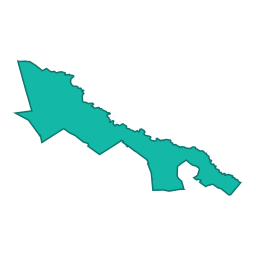 Rožkalnu pag., Varkavas, Latvia
{"feature_id": "27541924B38458063228845", "entity_name": "Rožkalnu pag.", "entity_type": "district", "adm_level": 2, "iso_a3": "LVA", "parent_name": "Latvia", "parent_adm1": "Varkavas", "projection": "equal_earth", "projection_center": [26.468, 56.209], "detail": "fine", "context": "isolated", "style": "filled", "palette": "teal", "viewbox_px": 256, "rotation_deg": 0, "n_neighbors": 0, "source": "geoboundaries", "source_scale": "gbopen_adm2", "svg_char_len": 5752}
<svg xmlns="http://www.w3.org/2000/svg" viewBox="0 0 256 256"><path d="M19.5,61.5L18.0,61.1L18.3,62.8L18.8,64.6L21.8,75.3L22.5,78.1L22.5,78.4L22.7,78.7L23.1,80.4L23.3,80.9L25.7,89.6L26.1,91.0L26.7,93.1L27.1,94.3L27.4,95.5L27.5,95.5L31.8,110.9L15.4,113.1L28.5,120.1L39.6,135.3L39.6,135.5L40.3,135.2L41.9,142.5L56.0,133.4L63.7,128.6L69.5,132.8L75.5,135.7L83.3,142.0L88.0,143.5L88.7,145.6L87.9,146.1L92.9,149.7L99.6,154.5L110.7,147.5L120.8,141.0L120.9,140.4L123.3,141.2L123.5,141.9L122.7,142.3L126.2,144.8L126.3,144.7L127.4,145.5L126.6,146.0L127.5,146.7L128.4,146.2L131.8,148.7L132.1,149.0L132.2,148.9L134.1,150.4L134.0,150.5L135.5,151.5L135.7,151.4L141.9,156.1L143.6,157.3L146.7,159.6L146.8,159.7L146.8,159.8L147.3,160.2L147.8,161.7L148.5,163.0L147.7,163.5L148.2,165.1L148.5,165.4L149.1,166.8L149.0,167.1L150.0,169.6L150.8,171.6L151.2,172.8L151.9,179.0L152.2,179.5L151.9,179.6L152.9,190.3L154.5,190.2L161.6,190.0L162.1,189.8L169.2,191.1L179.2,189.4L183.8,189.2L183.7,189.1L183.6,188.2L181.6,181.2L180.7,180.5L178.2,178.2L177.1,175.8L177.5,166.4L182.2,162.8L186.2,160.1L190.8,164.0L192.0,164.8L193.1,165.3L196.0,166.0L197.3,167.0L198.6,167.6L199.4,169.3L197.6,175.4L193.8,177.8L196.6,179.9L197.6,179.2L201.0,180.3L200.7,180.6L200.8,180.8L200.4,181.3L200.1,181.6L199.8,182.3L205.7,186.5L205.9,186.5L207.4,185.6L212.8,184.2L218.1,187.9L221.0,188.6L228.9,194.9L230.7,194.6L235.6,188.7L236.0,188.3L236.1,188.0L238.2,185.7L240.6,182.6L240.2,182.6L239.9,182.4L239.1,181.9L238.2,181.0L237.7,180.0L237.5,179.8L237.1,179.6L236.6,179.5L235.8,179.7L235.5,179.6L235.2,179.4L235.1,178.8L235.1,178.5L234.9,178.2L233.4,177.5L232.4,177.5L232.2,177.0L232.7,176.6L232.8,176.2L232.0,175.5L230.3,175.2L229.3,174.7L228.4,174.4L226.3,175.0L225.2,175.3L224.9,175.1L225.2,174.0L225.1,173.8L224.9,173.6L224.6,173.5L223.4,173.6L222.7,174.1L222.2,174.1L221.8,173.9L221.7,173.7L221.4,173.3L221.3,172.8L221.0,172.4L220.5,172.3L219.9,172.5L219.5,172.4L219.1,171.8L219.2,171.0L219.2,170.5L219.1,170.2L218.7,169.9L217.2,169.2L216.2,169.0L215.9,168.8L215.1,167.8L215.0,167.6L216.0,166.6L216.0,166.3L215.5,166.0L214.5,165.9L214.2,165.7L214.0,165.3L214.0,164.5L213.6,164.1L213.4,164.1L212.6,164.4L212.2,164.4L211.9,164.4L211.4,164.1L210.8,162.7L210.6,162.4L210.2,162.1L210.1,161.8L210.1,161.6L211.0,161.3L211.2,161.1L211.5,160.9L211.5,160.7L211.4,160.5L211.2,160.3L210.1,160.1L209.8,159.9L209.2,158.7L209.1,157.9L209.0,157.5L208.8,157.1L208.8,156.5L208.7,156.3L206.8,154.7L206.5,154.3L206.3,153.5L206.1,153.3L204.8,153.1L204.4,152.7L204.1,152.1L203.8,151.7L203.1,151.1L202.6,150.9L201.5,150.9L200.1,151.1L199.8,150.9L199.0,150.4L198.1,150.1L197.4,149.3L195.9,148.7L195.5,148.5L195.5,147.5L195.3,147.3L193.4,147.0L192.6,147.1L191.5,147.6L190.8,148.3L190.3,148.5L187.0,148.2L185.9,148.0L184.9,147.3L182.0,146.7L181.4,146.8L181.2,146.9L180.9,147.4L180.5,147.4L179.9,147.4L179.9,147.1L179.6,146.8L178.8,146.5L178.3,146.4L175.8,144.7L175.4,144.6L173.3,144.8L173.0,144.6L172.9,144.4L172.9,144.0L172.8,143.4L172.6,143.2L170.5,142.1L170.4,141.8L170.7,141.1L170.7,140.7L170.5,140.2L170.3,140.1L169.9,140.0L169.0,140.0L166.5,139.5L164.5,139.8L163.7,140.0L163.1,140.3L163.0,140.5L162.7,140.5L162.4,140.3L161.9,140.1L161.4,140.1L160.3,140.8L159.9,140.6L159.3,139.8L158.3,139.2L157.5,138.5L156.5,138.5L156.3,138.7L156.3,138.9L156.5,139.4L156.6,139.9L156.4,140.3L155.6,141.0L155.1,141.1L154.8,141.1L153.3,140.7L152.1,140.6L151.3,140.3L149.9,139.2L149.8,138.8L150.7,137.5L150.8,137.2L150.5,136.8L149.8,136.4L148.9,136.2L145.1,135.3L144.6,134.9L144.1,134.0L143.9,133.5L144.9,132.2L144.5,131.1L144.0,130.6L143.0,130.0L141.9,129.2L141.6,129.1L140.6,129.2L140.1,129.3L139.4,130.9L139.4,131.5L139.0,131.8L138.5,131.7L138.0,131.4L137.8,131.0L137.6,130.8L137.2,130.8L136.7,130.9L135.5,131.6L134.4,131.6L134.2,131.6L133.4,130.9L132.3,130.4L130.9,130.0L129.3,128.9L127.5,128.5L126.7,128.1L126.4,127.4L126.5,126.5L126.4,126.1L126.3,125.9L125.7,125.6L124.7,125.4L123.4,124.1L122.9,123.9L122.4,123.9L120.7,125.2L119.9,125.5L119.4,125.6L118.6,125.2L117.9,124.7L117.3,124.5L116.8,124.4L116.4,124.6L116.0,124.8L115.3,125.7L114.9,125.8L114.7,125.7L113.4,124.0L113.3,123.6L113.2,122.6L113.2,122.4L113.7,121.4L113.7,121.1L113.1,120.8L112.4,120.9L111.6,121.3L111.3,121.6L110.7,122.0L110.2,122.1L109.7,122.1L109.7,121.8L110.1,120.9L110.0,119.8L109.5,119.3L108.5,117.4L107.3,116.6L107.1,116.4L106.9,116.0L106.9,115.8L107.6,114.8L107.9,114.6L110.1,113.8L110.2,113.6L109.9,113.2L109.1,112.8L108.7,112.7L107.9,112.7L107.3,112.9L107.0,112.8L106.5,112.3L106.3,111.6L106.2,111.5L103.0,110.3L102.8,110.2L101.8,109.0L101.2,108.8L99.6,108.7L99.4,108.4L99.4,107.8L99.2,107.6L98.5,107.5L96.7,107.8L95.9,108.0L95.1,108.3L94.4,108.2L93.7,107.4L93.2,106.9L91.5,106.0L91.5,105.7L93.5,104.4L93.5,104.1L93.3,103.8L92.4,103.2L91.7,103.2L88.3,103.6L87.8,103.4L86.7,102.7L85.5,102.2L83.8,102.3L83.1,101.9L82.4,100.7L82.5,99.5L82.3,97.5L82.2,97.0L82.5,95.3L82.8,94.5L83.1,94.1L83.7,93.8L83.8,93.5L83.6,93.1L82.2,92.0L82.0,91.6L82.2,91.2L83.2,91.0L83.6,90.9L83.7,90.6L83.6,90.4L83.4,90.3L82.3,90.1L81.7,89.8L81.4,89.5L81.0,88.4L80.7,88.2L80.1,88.2L79.0,88.4L78.4,88.3L78.0,88.0L78.0,87.8L78.1,87.4L78.0,87.2L77.9,87.1L77.3,86.6L76.4,86.3L75.7,86.2L73.9,86.3L73.5,86.2L73.1,86.0L71.5,84.6L70.6,82.5L70.6,82.2L70.8,79.2L71.1,78.8L73.6,76.6L73.7,76.4L73.7,76.1L73.6,75.9L73.3,75.8L72.1,75.3L70.6,75.4L70.3,75.4L69.9,75.2L69.9,74.8L69.7,74.6L69.5,74.4L69.3,74.4L65.7,75.0L65.3,75.0L64.9,74.7L64.8,74.4L64.9,74.2L65.3,73.6L65.4,73.3L65.2,73.0L64.8,72.7L62.3,72.1L61.6,71.8L58.4,72.2L57.7,72.6L57.3,72.7L56.8,72.9L55.6,72.5L55.1,72.1L54.8,71.6L53.9,71.4L53.4,71.5L52.9,71.8L50.4,71.5L48.8,70.4L47.6,69.3L46.4,68.5L42.6,70.8L39.1,68.1L37.4,66.9L36.4,65.9L29.7,61.6L25.4,61.4L25.3,61.2L19.5,61.5Z" fill="#14b8a6" stroke="#0f766e" stroke-width="1.5"/></svg>